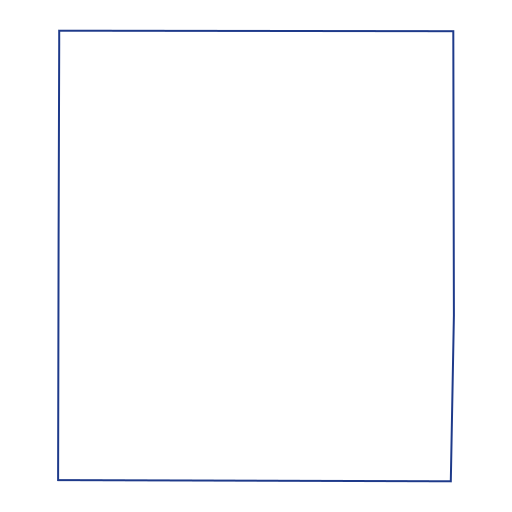 Lincoln, Oklahoma, United States of America
{"feature_id": "52423323B68871518650503", "entity_name": "Lincoln", "entity_type": "district", "adm_level": 2, "iso_a3": "USA", "parent_name": "United States of America", "parent_adm1": "Oklahoma", "projection": "natural_earth1", "projection_center": [-96.891, 35.702], "detail": "fine", "context": "isolated", "style": "outline", "palette": "blue", "viewbox_px": 512, "rotation_deg": 0, "n_neighbors": 0, "source": "geoboundaries", "source_scale": "gbopen_adm2", "svg_char_len": 228}
<svg xmlns="http://www.w3.org/2000/svg" viewBox="0 0 512 512"><path d="M453.9,315.5L453.3,31.2L59.2,30.7L59.2,44.3L58.6,235.2L58.1,480.1L192.2,480.5L450.8,481.3L453.9,315.5Z" fill="none" stroke="#1e3a8a" stroke-width="2"/></svg>